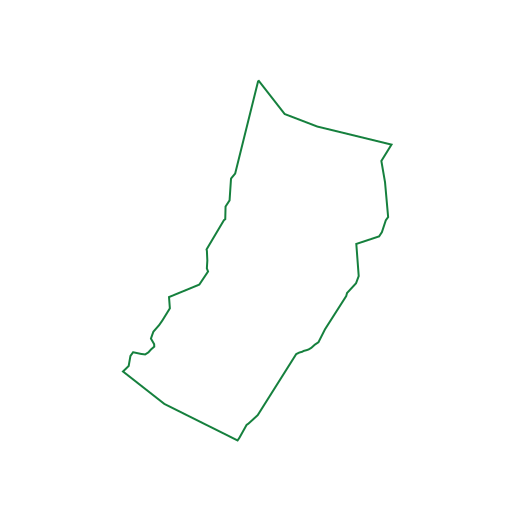 Saki East, Oyo, Nigeria, rotated 239°
{"feature_id": "59680162B31759462460359", "entity_name": "Saki East", "entity_type": "district", "adm_level": 2, "iso_a3": "NGA", "parent_name": "Nigeria", "parent_adm1": "Oyo", "projection": "mercator", "projection_center": [3.599, 8.694], "detail": "fine", "context": "isolated", "style": "outline", "palette": "green", "viewbox_px": 512, "rotation_deg": 239, "n_neighbors": 0, "source": "geoboundaries", "source_scale": "gbopen_adm2", "svg_char_len": 967}
<svg xmlns="http://www.w3.org/2000/svg" viewBox="0 0 512 512"><g transform="rotate(239 256 256)"><path d="M107.4,145.2L108.7,148.1L116.1,161.0L116.2,163.1L118.7,175.5L151.2,239.9L151.2,240.6L151.0,241.6L151.1,242.3L150.8,243.9L150.1,246.4L150.1,247.9L149.2,251.0L148.8,253.0L148.8,256.2L149.7,260.7L149.9,265.1L157.7,277.5L175.2,312.7L177.4,315.0L181.1,327.7L185.9,333.7L214.7,348.2L209.6,370.8L209.4,371.6L211.6,376.2L219.8,385.7L221.3,389.3L252.8,404.6L272.9,412.4L281.7,429.5L335.4,375.2L362.9,353.7L404.6,348.6L404.6,347.7L337.4,280.6L335.3,274.6L334.7,274.1L317.3,262.0L314.1,255.4L303.4,248.6L303.2,246.9L287.1,217.0L285.6,216.5L277.1,211.9L270.7,207.5L267.4,206.9L260.7,192.7L265.6,160.3L255.5,155.2L249.0,142.6L246.7,137.5L244.0,129.1L241.9,126.5L239.3,123.4L232.9,123.3L230.7,122.1L230.0,118.0L228.8,114.1L228.7,110.3L231.2,107.1L236.8,101.1L235.0,96.9L227.3,90.2L225.5,82.5L176.3,101.3L107.4,145.2Z" fill="none" stroke="#15803d" stroke-width="2"/></g></svg>